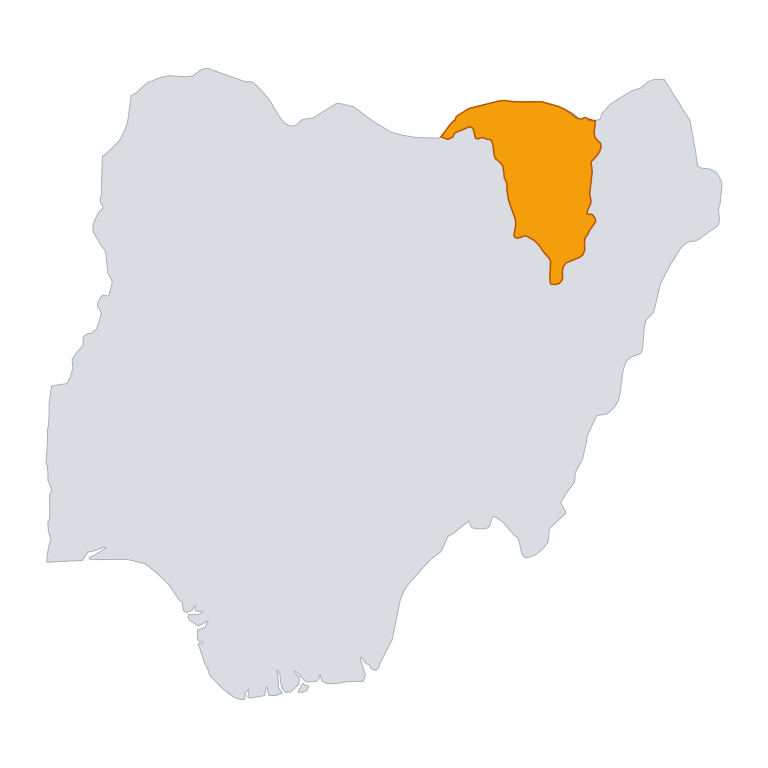 Yobe highlighted on a map of Nigeria
{"feature_id": "NGA-2873", "entity_name": "Yobe", "entity_type": "State", "adm_level": 1, "iso_a3": "NGA", "parent_name": "Nigeria", "parent_adm1": "", "projection": "natural_earth1", "projection_center": [11.324, 11.986], "detail": "fine", "context": "in_parent", "style": "filled", "palette": "amber", "viewbox_px": 768, "rotation_deg": 0, "n_neighbors": 0, "source": "natural_earth", "source_scale": "10m", "svg_char_len": 5334}
<svg xmlns="http://www.w3.org/2000/svg" viewBox="0 0 768 768"><path d="M664.1,79.3L690.0,120.6L695.5,151.3L697.6,166.4L701.9,168.2L709.9,169.0L715.8,172.0L719.3,177.0L721.5,181.7L721.9,184.5L720.3,202.8L718.3,209.5L719.5,218.6L719.1,222.4L718.2,225.1L714.7,228.1L709.8,231.1L698.1,239.8L694.8,241.1L689.9,241.4L685.6,243.5L680.6,248.3L669.8,265.8L660.5,283.5L653.7,312.0L645.6,320.9L644.1,328.8L642.8,346.7L641.6,352.0L640.3,353.6L631.4,357.0L626.4,361.1L623.3,369.2L619.4,396.6L618.1,401.1L615.2,405.9L610.7,411.0L606.8,413.9L596.6,415.7L587.0,436.4L586.9,440.0L582.6,458.7L575.2,472.8L574.7,481.9L565.5,494.3L560.6,502.8L565.6,511.6L566.0,513.1L550.0,528.0L549.1,530.3L548.4,540.6L547.1,543.4L544.2,547.2L539.9,551.4L535.5,554.6L530.6,556.8L525.8,557.7L523.2,556.4L521.6,553.2L519.0,540.6L517.6,537.9L514.5,535.4L502.3,521.5L494.8,516.6L493.2,516.9L492.0,518.2L489.9,525.3L487.8,527.9L483.9,528.8L477.1,528.8L472.1,527.8L471.0,526.4L468.6,520.9L453.3,533.6L447.9,536.5L441.1,551.5L431.5,558.9L424.9,565.5L407.1,585.9L403.5,591.9L400.0,600.9L392.3,639.3L380.0,663.2L378.4,668.3L377.7,668.2L376.0,670.3L371.3,668.9L369.2,664.5L366.2,663.8L361.2,657.2L360.1,658.3L365.4,674.9L363.4,681.3L348.4,681.5L335.5,683.7L326.6,683.4L322.1,681.1L320.2,674.9L319.4,675.6L319.0,678.9L316.1,681.5L306.2,682.0L301.8,677.7L298.2,673.0L294.4,670.9L295.0,672.9L299.4,677.5L298.8,684.2L290.8,691.9L285.7,692.3L282.5,689.0L280.9,683.6L280.1,675.6L278.0,670.3L276.9,670.3L278.2,679.0L278.3,687.1L282.1,693.4L276.2,695.4L269.2,695.6L268.3,693.3L267.4,688.1L266.2,686.7L264.7,695.5L250.3,698.0L248.2,697.6L247.8,696.0L248.9,693.6L248.6,689.6L245.4,692.6L244.9,698.8L243.1,699.8L237.6,698.9L231.6,695.7L221.8,688.0L209.9,675.4L208.0,669.8L204.5,662.8L198.3,643.8L199.5,642.9L202.3,643.9L203.6,642.1L198.6,640.8L197.6,639.4L197.3,635.2L197.5,630.0L205.1,627.3L206.8,624.2L207.8,621.1L198.5,625.8L189.8,620.4L188.0,617.2L188.9,614.6L199.0,614.5L202.6,612.0L200.4,611.2L196.6,611.3L195.1,609.6L195.3,605.7L194.0,606.6L192.4,610.1L186.5,612.6L183.1,610.1L182.7,604.4L182.0,601.8L179.1,599.8L168.9,584.7L156.0,572.2L144.6,563.6L127.3,559.4L91.0,559.6L89.0,558.4L91.2,556.4L94.4,555.1L106.1,548.1L104.1,547.2L92.0,551.5L87.8,552.0L82.4,560.4L46.8,562.2L46.9,558.4L48.5,547.3L50.7,539.7L48.3,530.4L47.8,522.0L49.3,519.4L49.8,516.2L49.6,494.7L51.5,491.5L51.6,489.3L47.9,480.2L48.0,473.1L47.3,466.3L46.1,463.2L47.7,437.0L47.2,430.5L48.4,425.9L49.1,414.5L49.1,403.4L51.6,385.9L66.9,383.6L70.6,376.7L72.8,368.0L72.2,359.4L77.2,351.9L83.2,345.2L83.0,337.9L84.7,335.6L87.5,333.9L91.6,333.1L96.2,329.4L98.8,323.0L101.3,312.8L97.4,305.7L97.5,304.1L99.0,300.2L101.4,296.4L103.4,295.2L107.8,296.1L109.2,294.6L112.1,283.3L111.9,280.3L107.8,272.7L105.7,252.2L104.5,249.6L101.3,245.8L92.9,231.4L93.1,224.6L96.8,215.9L99.1,211.6L102.4,209.3L103.1,207.3L102.1,204.8L100.5,203.0L100.1,199.1L101.8,193.6L101.4,187.6L102.4,156.7L109.4,150.7L119.5,140.6L124.8,130.1L127.6,122.1L131.1,95.6L136.5,92.7L146.7,83.1L160.4,77.5L169.4,75.7L185.0,76.8L192.9,75.9L199.7,70.6L202.8,69.2L207.1,68.2L246.0,82.0L249.5,81.4L252.5,82.4L257.3,86.0L268.7,98.8L280.7,118.7L284.4,122.9L288.2,125.2L292.0,126.1L294.9,125.8L297.7,123.8L301.5,120.1L307.2,118.4L311.9,118.7L336.3,103.5L338.6,103.3L353.5,106.6L373.8,121.8L390.4,131.8L402.1,135.2L415.8,137.5L439.2,138.2L456.9,116.9L463.4,112.2L471.3,108.0L487.7,104.0L514.9,101.3L540.5,102.5L556.3,106.1L573.0,113.1L580.3,119.8L591.6,120.9L599.7,119.6L602.4,113.0L610.5,104.2L622.7,96.2L632.7,90.5L640.8,88.0L648.2,81.6L654.0,79.5L664.1,79.3ZM307.1,690.5L301.6,692.5L298.0,692.0L302.9,683.3L305.4,685.2L308.6,686.0L307.1,690.5Z" fill="#d9dde1" stroke="#a8b0b8" stroke-width="1"/><path d="M504.4,100.5L514.6,101.9L542.0,101.8L559.1,106.7L565.3,109.6L573.2,115.1L575.8,117.4L576.9,118.1L580.2,119.0L582.0,118.8L582.8,118.7L584.0,117.7L585.0,117.5L587.8,118.6L588.4,119.1L588.7,119.5L588.7,119.9L588.8,120.1L589.2,120.2L589.4,120.0L589.7,119.7L590.0,119.4L590.6,119.3L591.1,119.7L591.6,120.2L592.0,120.6L592.5,120.2L593.4,120.5L595.4,120.6L594.1,133.3L595.1,137.5L597.6,140.7L600.6,143.3L601.1,147.3L599.7,151.3L597.2,155.3L591.0,162.0L592.2,171.9L589.6,194.0L591.0,200.6L590.7,203.5L587.3,211.2L587.0,213.8L588.5,214.4L590.4,214.0L592.7,214.9L594.3,217.1L595.3,219.4L595.6,221.8L589.9,229.9L587.6,234.7L586.0,236.6L584.8,238.8L584.5,244.3L584.8,249.9L583.1,254.4L579.6,257.4L566.3,262.8L563.1,266.9L562.3,272.1L562.7,277.6L562.1,279.9L560.7,281.9L559.0,283.5L556.8,284.2L554.7,284.5L550.7,284.0L550.2,282.1L549.8,277.3L550.6,262.2L550.2,260.0L549.0,258.2L543.1,251.4L540.3,247.1L537.2,243.3L533.6,240.0L525.8,235.7L518.0,238.1L515.3,237.6L513.8,235.4L515.7,225.2L515.4,219.6L508.6,200.4L506.9,189.9L506.9,185.3L506.5,182.4L505.4,179.9L504.3,177.8L504.0,175.5L503.9,172.8L503.0,167.6L502.3,165.1L499.1,161.6L495.2,158.5L494.0,154.3L493.0,145.0L491.3,140.7L489.7,139.4L487.8,139.4L485.7,138.9L483.7,137.8L481.8,137.6L478.1,138.9L475.7,138.4L475.1,136.8L473.6,130.2L472.2,127.6L469.8,126.8L467.3,127.6L462.0,130.0L459.3,130.9L455.4,132.7L454.3,133.6L453.7,135.3L452.8,137.0L447.9,139.4L442.5,137.4L441.0,136.9L450.7,123.8L452.6,121.8L453.7,121.0L454.3,120.7L454.5,120.8L454.8,120.7L455.2,120.2L455.5,119.5L455.7,117.9L455.9,117.3L456.9,116.1L467.6,109.3L470.0,108.2L497.4,101.4L498.9,101.0L504.4,100.5Z" fill="#f59e0b" stroke="#b45309" stroke-width="1.5"/></svg>